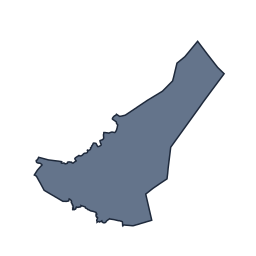 Bardu nor, Troms, Norway (Mercator projection), rotated 281°
{"feature_id": "86288312B82966611739072", "entity_name": "Bardu nor", "entity_type": "district", "adm_level": 2, "iso_a3": "NOR", "parent_name": "Norway", "parent_adm1": "Troms", "projection": "mercator", "projection_center": [18.319, 68.703], "detail": "fine", "context": "isolated", "style": "filled", "palette": "slate", "viewbox_px": 256, "rotation_deg": 281, "n_neighbors": 0, "source": "geoboundaries", "source_scale": "gbopen_adm2", "svg_char_len": 4978}
<svg xmlns="http://www.w3.org/2000/svg" viewBox="0 0 256 256"><g transform="rotate(281 128 128)"><path d="M64.0,45.0L63.8,45.7L63.2,47.3L58.9,50.9L57.8,51.9L50.8,57.6L43.6,78.1L44.3,81.9L45.1,83.7L47.1,83.8L46.7,85.0L45.9,86.2L45.0,86.6L44.7,86.4L44.5,86.5L44.3,86.6L44.0,86.6L43.9,86.8L43.6,86.9L43.5,87.1L43.4,87.2L43.1,87.5L42.9,87.7L42.7,87.8L42.4,87.8L42.1,87.9L42.1,88.0L42.0,88.3L41.9,88.3L41.6,88.4L41.3,88.8L41.1,88.9L40.9,88.9L40.6,89.0L40.4,89.0L40.0,89.2L39.8,89.1L39.7,89.2L39.4,89.3L39.2,89.5L38.9,89.6L38.7,89.5L38.6,89.3L38.4,89.3L38.4,89.2L38.2,89.3L37.9,89.4L37.7,89.3L37.7,89.2L37.4,89.2L37.3,89.3L37.2,89.4L37.2,89.5L37.3,89.6L37.5,89.7L37.7,89.8L37.8,90.0L37.6,90.1L37.7,90.3L37.5,90.7L37.5,90.8L38.0,91.2L38.1,91.3L38.2,91.7L38.4,91.9L38.5,92.0L38.8,91.9L39.1,92.0L39.4,92.3L39.8,92.3L40.0,92.2L40.3,92.2L40.5,92.3L40.6,92.5L40.5,92.8L40.6,93.1L40.5,93.4L40.5,93.8L40.5,94.1L40.7,94.4L40.9,94.7L40.9,94.8L41.0,94.9L41.0,95.0L41.0,95.3L41.2,95.6L41.3,95.6L41.4,95.8L41.5,96.0L41.4,96.3L41.5,96.5L42.0,96.6L42.3,97.0L42.6,97.0L42.9,96.8L42.5,100.0L42.3,101.1L41.4,101.5L41.2,102.1L41.0,103.1L40.2,104.3L40.3,104.8L40.2,105.4L40.0,105.6L39.9,105.9L39.5,107.4L39.5,109.6L39.4,110.5L39.3,111.2L39.2,111.8L39.0,112.8L38.4,112.9L38.1,113.4L37.7,113.7L37.2,113.8L37.0,113.2L36.6,113.4L35.9,113.3L35.4,113.5L34.5,114.2L34.6,114.4L34.6,114.6L34.5,114.8L34.5,115.0L34.4,115.1L34.1,115.3L33.8,115.3L33.4,115.3L32.5,115.0L32.3,115.1L31.7,114.9L31.0,115.0L30.8,115.2L30.7,115.3L30.2,115.5L29.6,115.6L30.0,116.0L30.3,116.4L30.4,116.7L30.6,117.4L30.3,118.0L30.6,118.3L30.9,118.7L31.0,119.2L31.2,119.5L31.8,120.0L31.3,120.3L30.8,120.6L30.6,121.1L30.3,121.7L30.3,121.9L30.3,122.1L30.4,122.5L30.5,123.2L31.1,124.0L31.9,124.4L32.5,124.6L32.9,124.9L34.1,126.0L35.4,127.3L35.2,127.5L35.4,131.8L35.2,136.0L35.2,136.5L35.4,137.0L35.3,137.7L35.2,138.3L35.2,139.1L34.9,140.3L34.3,140.6L31.1,141.4L30.9,141.6L31.2,141.7L31.7,142.1L32.0,142.4L32.1,142.8L32.1,143.3L32.3,145.3L32.6,147.8L32.8,150.1L32.9,150.8L33.0,151.6L33.7,153.1L34.4,154.3L34.6,154.8L35.7,157.0L36.4,158.2L37.8,160.9L38.1,161.5L38.7,162.7L39.1,163.4L39.7,164.5L40.9,166.9L42.0,168.9L57.3,162.1L66.5,158.0L73.6,164.1L79.4,169.8L85.5,176.0L91.1,175.6L95.9,175.1L117.3,173.6L142.3,185.1L163.3,194.8L167.4,196.6L180.9,203.0L199.6,212.0L204.6,204.4L216.2,191.1L226.4,179.8L208.8,170.2L201.0,163.7L187.0,163.1L182.7,162.8L170.7,154.8L159.0,141.9L140.1,122.9L138.6,119.7L137.8,117.6L139.3,114.0L138.7,113.8L138.1,113.5L137.7,112.9L137.3,112.4L136.5,111.8L135.6,111.3L134.5,110.9L134.3,110.9L133.8,111.0L133.7,111.2L133.5,111.5L133.4,111.8L133.0,112.6L132.9,112.9L132.4,114.0L131.8,115.3L131.7,115.4L131.5,115.5L130.5,115.8L130.1,116.0L129.8,116.4L129.5,116.9L129.3,117.2L129.0,117.3L128.7,117.3L128.2,117.3L126.3,117.3L123.9,117.1L122.8,116.8L122.4,116.7L121.8,116.4L121.4,116.2L121.1,116.0L121.0,115.7L121.0,115.1L121.0,114.5L121.0,114.3L121.0,113.8L121.0,113.2L120.9,112.8L120.7,112.4L120.2,111.5L120.1,111.3L119.3,110.2L119.4,109.9L119.3,109.5L119.3,108.8L119.3,108.6L119.3,108.2L119.2,107.8L119.2,107.5L119.2,106.7L119.1,106.0L119.1,105.8L119.0,105.5L119.0,105.2L118.7,105.1L117.9,105.3L116.5,105.2L113.8,106.0L113.5,106.0L112.9,106.0L112.7,105.9L111.8,105.3L111.4,104.8L111.2,104.4L110.8,103.8L110.5,103.2L110.3,102.9L110.1,102.9L109.5,103.1L108.2,103.8L107.7,104.1L107.1,104.7L106.8,104.8L106.4,104.9L106.1,104.8L105.8,104.7L105.4,104.2L104.9,103.8L104.5,103.2L104.1,102.5L104.0,102.2L104.0,101.8L104.2,101.6L105.7,100.4L106.0,100.2L106.7,99.6L106.8,99.4L106.8,99.1L106.8,98.0L106.7,97.3L106.6,97.0L106.4,96.8L105.4,96.6L105.1,96.6L104.3,96.3L103.4,95.8L102.5,95.8L102.1,95.6L101.9,95.5L101.5,95.1L101.3,95.0L100.9,95.3L100.6,95.4L100.4,95.3L99.3,94.8L98.9,94.3L98.6,93.8L98.5,93.6L98.5,93.2L98.5,92.9L98.7,92.3L98.8,92.1L98.9,91.9L98.5,92.3L98.0,92.6L97.7,92.8L97.4,92.9L97.1,93.0L96.8,92.9L96.2,92.7L95.7,92.3L95.4,91.7L95.2,91.1L95.0,90.4L94.9,90.2L94.8,89.9L94.6,89.7L94.3,89.4L94.0,89.2L92.6,88.3L92.2,87.9L91.7,87.2L91.5,86.7L91.5,86.4L91.5,86.1L91.5,85.6L91.6,85.3L91.7,85.1L91.5,84.8L91.2,84.7L90.2,83.5L89.8,83.2L89.4,82.7L88.8,82.2L88.4,81.9L88.1,81.7L87.9,81.7L87.6,81.7L87.2,82.0L86.8,82.3L86.5,82.7L86.4,82.8L86.2,83.1L86.0,83.3L85.8,83.4L85.5,83.2L85.2,82.8L85.1,82.6L84.5,82.1L84.1,81.7L83.2,81.0L83.1,80.5L83.0,80.2L83.1,79.8L83.2,79.6L83.7,79.1L83.5,78.6L83.5,78.3L83.5,78.0L83.6,77.7L83.6,77.3L83.5,77.0L83.4,76.3L83.2,75.8L82.9,75.2L82.4,75.2L81.8,75.2L81.6,74.9L80.9,73.4L80.8,73.1L81.2,72.5L81.4,72.0L81.4,71.7L81.3,71.2L81.1,71.0L80.9,70.2L80.9,69.6L80.9,69.4L81.0,69.2L81.4,69.2L82.1,69.3L82.3,69.3L82.2,66.0L82.0,63.4L81.5,56.0L82.1,47.4L82.1,46.8L82.2,45.9L81.7,45.7L81.1,45.7L80.5,45.5L79.9,45.1L79.3,44.9L79.1,44.8L78.7,44.2L78.2,44.1L77.9,44.3L77.2,44.6L77.0,44.8L76.7,45.2L76.6,45.8L76.4,46.5L76.5,47.0L76.6,48.7L76.3,49.1L76.1,49.5L76.0,50.0L75.9,50.2L75.7,50.4L75.2,50.6L74.9,50.5L74.9,50.4L72.1,48.7L69.3,47.1L64.0,45.0Z" fill="#64748b" stroke="#1e293b" stroke-width="1.5"/></g></svg>